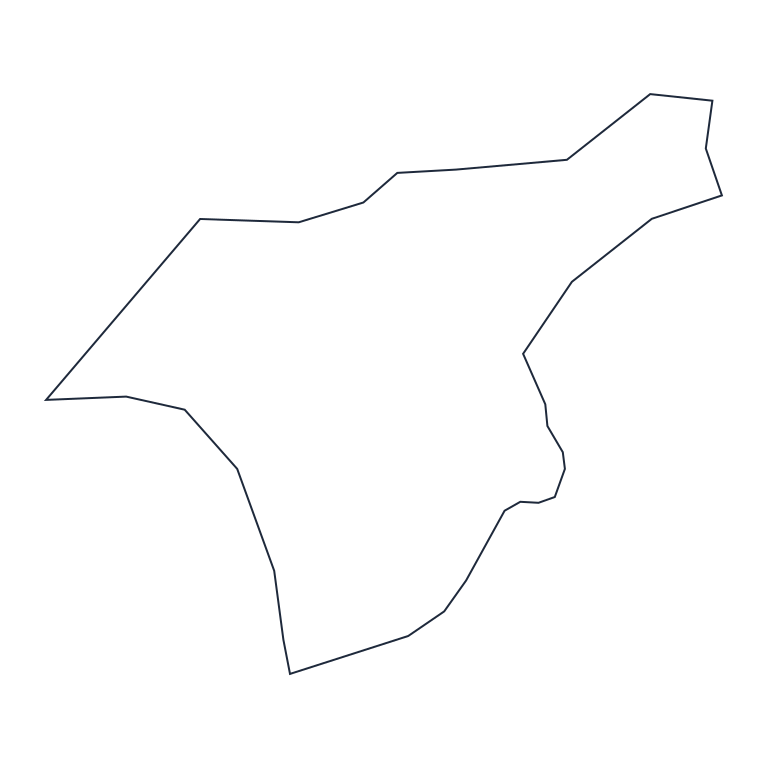 the border of Grand Port
{"feature_id": "MUS-5185", "entity_name": "Grand Port", "entity_type": "District", "adm_level": 1, "iso_a3": "MUS", "parent_name": "Mauritius", "parent_adm1": "", "projection": "albers", "projection_center": [57.689, -20.397], "detail": "fine", "context": "isolated", "style": "outline", "palette": "slate", "viewbox_px": 768, "rotation_deg": 0, "n_neighbors": 0, "source": "natural_earth", "source_scale": "10m", "svg_char_len": 509}
<svg xmlns="http://www.w3.org/2000/svg" viewBox="0 0 768 768"><path d="M712.4,100.7L705.8,148.5L721.9,195.4L651.8,218.8L571.9,281.8L523.1,353.8L545.3,404.3L547.4,426.0L562.8,452.2L564.9,468.9L554.8,497.0L538.5,502.8L520.3,501.8L504.6,510.7L466.1,580.5L444.2,611.4L408.2,636.0L290.0,673.9L283.4,639.8L274.2,570.8L237.2,468.9L184.7,409.7L126.2,396.6L46.1,399.9L200.1,219.0L298.7,222.3L363.4,202.5L397.3,172.9L455.9,169.6L566.9,159.8L650.2,94.1L712.4,100.7Z" fill="none" stroke="#1e293b" stroke-width="2"/></svg>